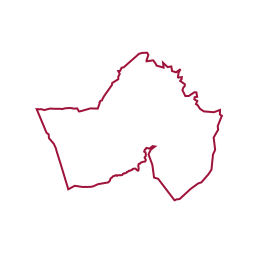 San Francisco Ozolotepec, Oaxaca, Mexico, rotated 289°
{"feature_id": "50627088B26566065011472", "entity_name": "San Francisco Ozolotepec", "entity_type": "district", "adm_level": 2, "iso_a3": "MEX", "parent_name": "Mexico", "parent_adm1": "Oaxaca", "projection": "mercator", "projection_center": [-96.209, 16.098], "detail": "fine", "context": "isolated", "style": "outline", "palette": "rose", "viewbox_px": 256, "rotation_deg": 289, "n_neighbors": 0, "source": "geoboundaries", "source_scale": "gbopen_adm2", "svg_char_len": 3151}
<svg xmlns="http://www.w3.org/2000/svg" viewBox="0 0 256 256"><g transform="rotate(289 128 128)"><path d="M134.3,86.1L129.2,78.8L127.9,76.8L127.9,76.7L127.7,76.2L130.0,73.5L128.9,71.1L128.7,70.8L128.5,68.7L128.0,66.6L126.2,62.2L124.5,59.7L124.1,57.8L122.1,51.8L121.0,48.0L119.4,45.5L117.7,43.0L117.7,42.2L117.6,40.9L117.5,39.7L117.0,38.5L116.6,37.6L116.6,36.9L116.1,35.5L96.9,52.6L96.2,55.0L92.6,56.6L88.9,63.0L85.2,66.5L82.9,68.0L71.4,76.5L56.3,87.4L52.4,90.2L52.3,90.3L50.6,91.5L56.0,96.4L57.5,104.4L60.2,111.9L61.5,114.1L65.1,117.9L70.1,127.0L72.4,128.1L74.3,127.9L75.4,128.4L75.7,128.7L76.0,128.9L76.3,129.1L76.7,129.3L77.0,129.4L77.4,129.5L77.6,129.7L77.7,130.0L78.0,130.4L78.3,130.7L78.5,131.0L78.8,131.3L79.1,131.5L79.5,132.0L79.3,132.5L79.2,132.8L79.3,133.1L79.3,133.3L79.7,133.5L80.2,134.0L80.4,134.8L80.5,135.3L80.7,135.6L80.9,136.3L81.1,136.8L81.3,137.2L81.6,137.7L82.0,138.0L82.6,138.1L83.0,138.2L83.3,138.5L83.5,138.7L83.6,138.9L83.8,139.0L84.0,139.3L84.0,139.7L84.3,140.0L84.5,140.3L84.9,140.7L85.1,140.9L85.5,141.3L85.8,141.4L86.1,141.4L86.2,141.7L86.6,142.0L86.9,142.3L87.1,142.5L87.4,142.6L87.6,142.6L87.9,142.8L88.1,143.2L88.1,143.6L88.2,143.8L88.6,144.1L89.0,144.5L89.4,145.0L89.6,145.2L89.8,145.5L90.0,145.7L90.3,145.9L90.5,145.9L90.8,145.8L91.0,146.1L91.2,146.4L91.4,146.8L91.7,147.3L91.9,147.8L92.0,148.1L92.0,148.4L91.9,148.8L91.6,149.2L91.5,149.4L91.3,149.8L91.2,150.0L91.0,150.6L90.9,150.9L90.9,151.3L91.0,151.5L91.5,151.6L92.1,151.5L92.7,151.4L93.3,151.2L93.8,151.0L94.3,150.7L94.6,150.5L95.1,150.4L95.5,150.1L95.9,149.9L96.4,149.9L97.0,149.8L97.4,149.8L97.8,150.1L98.0,150.6L98.4,151.1L98.8,151.2L99.3,151.3L99.8,151.7L99.9,152.0L100.1,152.2L100.6,152.8L101.0,153.4L101.3,154.0L101.5,154.5L101.7,154.9L102.3,155.1L102.7,155.3L103.2,155.3L103.6,155.2L104.0,155.0L104.3,154.6L104.6,154.2L105.0,153.8L105.3,153.4L105.9,153.3L106.6,153.7L107.2,153.9L108.2,153.7L109.1,153.3L109.9,152.9L110.6,152.5L110.9,151.0L111.5,151.0L112.2,151.1L112.7,150.9L113.1,151.0L113.7,151.4L114.3,151.8L114.9,151.8L115.2,152.0L115.3,152.2L115.3,152.6L115.3,153.1L115.4,153.5L115.4,154.4L115.7,155.1L116.2,155.5L117.0,156.0L118.0,156.6L118.9,157.2L119.3,159.5L115.0,156.6L109.7,156.0L101.1,163.0L89.6,168.8L89.8,173.0L74.8,195.5L76.3,197.1L77.6,199.9L90.7,207.0L98.3,212.3L100.5,215.1L110.4,219.1L115.7,220.5L130.6,217.0L135.7,217.5L146.9,212.1L155.8,213.8L159.0,212.2L169.1,212.7L170.0,212.9L170.7,210.5L175.0,209.1L170.9,204.1L168.4,194.3L169.6,189.8L172.3,186.3L172.7,184.5L176.1,184.7L176.7,181.4L178.8,181.0L180.0,183.2L183.9,181.1L183.4,179.1L178.1,175.1L176.9,171.8L181.6,167.1L184.3,167.2L186.2,168.0L187.9,167.5L189.5,162.0L191.8,162.8L192.5,162.5L193.6,162.3L192.1,159.3L192.2,158.7L196.8,157.8L200.7,158.5L196.3,155.3L196.2,151.1L200.3,148.9L198.5,145.6L201.1,139.9L196.7,142.0L196.3,134.7L198.0,133.0L200.2,129.8L197.1,123.9L197.9,123.5L203.7,123.5L205.4,121.6L203.7,117.1L201.8,114.3L184.0,104.2L182.9,102.3L179.5,102.0L178.7,100.2L176.5,102.6L173.5,102.1L170.9,102.9L165.4,98.4L163.4,98.8L150.7,95.1L147.6,94.5L145.7,94.4L144.6,93.1L143.0,92.7L142.6,93.1L136.5,93.1L134.3,86.1Z" fill="none" stroke="#9f1239" stroke-width="2"/></g></svg>